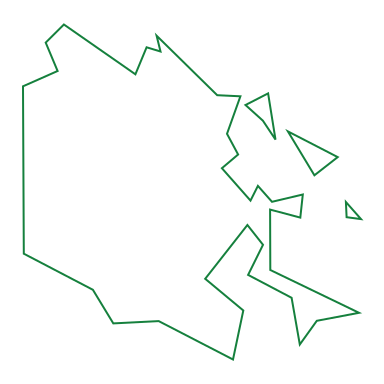 an SVG outline of Bocas del Toro
{"feature_id": "PAN-1958", "entity_name": "Bocas del Toro", "entity_type": "Province", "adm_level": 1, "iso_a3": "PAN", "parent_name": "Panama", "parent_adm1": "", "projection": "natural_earth1", "projection_center": [-82.341, 9.206], "detail": "coarse", "context": "isolated", "style": "outline", "palette": "green", "viewbox_px": 384, "rotation_deg": 0, "n_neighbors": 0, "source": "natural_earth", "source_scale": "10m", "svg_char_len": 687}
<svg xmlns="http://www.w3.org/2000/svg" viewBox="0 0 384 384"><path d="M63.9,24.5L135.4,74.3L146.6,47.3L160.5,51.5L156.6,35.7L217.2,95.2L240.4,96.3L227.0,133.8L238.1,154.5L221.9,168.2L250.5,200.6L257.9,185.9L272.0,201.8L302.8,194.5L300.3,217.6L270.1,209.6L270.3,270.0L359.0,312.8L316.8,320.8L299.8,344.5L291.6,297.8L248.1,274.9L263.0,244.8L247.4,225.0L205.2,278.8L243.3,310.5L233.0,359.5L158.7,321.1L113.3,323.4L92.9,289.8L23.8,253.7L23.0,86.3L57.6,71.0L45.7,42.6L63.9,24.5ZM245.5,105.0L268.1,93.4L275.5,139.6L262.9,120.7L245.5,105.0ZM287.9,131.4L337.7,157.1L314.4,175.3L287.9,131.4ZM346.6,217.2L345.9,202.0L361.0,219.1L346.6,217.2Z" fill="none" stroke="#15803d" stroke-width="2"/></svg>